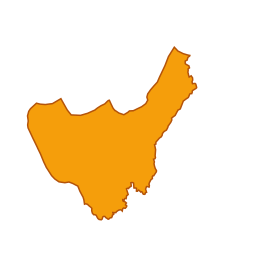 Zota, Bong, Liberia, rotated 149°
{"feature_id": "62588387B17056544161092", "entity_name": "Zota", "entity_type": "district", "adm_level": 2, "iso_a3": "LBR", "parent_name": "Liberia", "parent_adm1": "Bong", "projection": "orthographic", "projection_center": [-9.445, 7.274], "detail": "fine", "context": "isolated", "style": "filled", "palette": "amber", "viewbox_px": 256, "rotation_deg": 149, "n_neighbors": 0, "source": "geoboundaries", "source_scale": "gbopen_adm2", "svg_char_len": 3518}
<svg xmlns="http://www.w3.org/2000/svg" viewBox="0 0 256 256"><g transform="rotate(149 128 128)"><path d="M201.8,194.7L204.5,193.4L207.9,190.1L209.9,185.4L212.2,182.6L212.5,182.2L213.6,179.6L214.9,167.1L214.9,166.7L215.7,157.9L215.8,157.4L216.4,150.7L217.7,142.3L218.2,137.1L218.3,136.5L218.2,133.6L218.0,126.5L217.0,122.0L216.9,121.8L214.9,117.4L210.3,113.6L206.4,112.1L204.0,109.0L203.9,108.9L201.6,105.1L200.9,104.2L201.8,98.5L201.9,96.7L202.1,92.8L202.1,92.0L202.8,89.2L204.5,85.1L203.4,84.9L202.0,83.4L201.7,82.0L200.6,78.9L200.4,77.8L201.7,75.8L202.4,73.4L202.1,71.4L201.0,70.7L200.2,69.6L200.4,67.2L200.4,65.9L199.9,64.5L198.2,63.1L196.9,63.3L196.2,64.1L195.3,64.8L194.5,64.8L193.8,64.4L193.4,64.1L193.2,62.6L192.6,61.5L192.1,60.2L191.5,59.8L190.3,60.1L189.2,60.1L188.2,59.6L186.9,60.5L186.5,61.1L186.0,61.5L185.3,61.3L184.5,61.5L184.2,62.0L184.8,63.0L184.6,63.4L183.7,62.8L182.0,61.7L181.1,62.2L180.0,62.3L178.6,62.4L177.7,62.2L177.0,61.9L176.3,61.6L176.0,61.2L175.7,59.8L174.0,61.6L173.0,61.7L171.7,60.6L170.1,61.1L169.3,61.7L169.1,62.3L169.8,63.3L169.0,64.2L168.0,64.5L168.4,66.0L169.8,67.7L169.8,68.6L169.4,69.3L168.4,68.2L167.8,68.9L167.1,69.2L166.0,68.4L164.1,70.6L163.9,70.8L162.8,70.7L162.1,70.9L160.8,76.2L160.5,76.8L159.2,76.5L158.7,75.8L157.5,76.4L156.2,76.4L155.1,76.5L154.3,78.3L153.8,79.6L153.4,79.5L152.9,79.4L152.2,78.9L151.6,78.0L153.8,73.5L152.1,72.4L151.8,71.9L153.3,69.5L152.4,68.9L151.6,69.3L151.2,69.4L150.8,69.3L150.1,66.9L150.1,66.6L149.4,66.5L149.0,66.3L149.0,64.6L149.0,63.4L148.2,62.7L147.3,62.6L146.4,63.6L145.2,63.3L144.7,65.3L144.4,66.6L143.5,67.3L142.4,68.2L142.0,68.2L141.1,67.4L140.4,66.5L139.4,67.5L139.0,68.6L139.0,69.1L137.4,70.4L134.7,72.0L133.2,72.0L132.3,73.7L131.4,74.2L130.6,73.8L126.2,75.9L125.5,76.9L125.5,79.3L124.9,81.7L124.1,84.0L122.8,85.4L122.3,87.6L122.2,88.1L121.9,88.0L120.7,87.8L119.6,88.6L119.2,90.0L115.5,95.2L114.3,98.6L113.8,100.1L112.3,99.9L111.8,101.0L111.1,101.6L108.6,102.4L106.2,103.2L104.4,103.3L104.0,103.3L103.9,103.4L103.3,103.7L102.2,104.4L101.4,105.5L98.9,106.4L97.0,106.4L96.1,106.4L95.7,106.8L95.1,107.0L93.6,108.0L92.6,109.0L91.4,109.5L88.3,110.9L86.3,112.3L85.6,114.0L83.5,114.3L81.1,114.5L77.5,116.7L76.2,117.4L76.1,117.6L73.4,117.4L66.6,122.7L65.7,122.7L64.7,122.8L64.4,122.9L60.6,123.1L59.8,123.6L57.6,125.3L57.4,125.3L56.8,125.3L55.7,124.6L54.6,125.5L53.9,126.6L53.6,126.7L52.8,126.9L51.3,126.9L49.4,126.9L48.4,127.2L48.2,127.6L47.3,130.7L47.5,131.3L47.6,131.7L49.9,132.8L49.3,134.7L47.9,135.7L47.4,136.6L46.8,137.9L47.0,139.9L47.0,140.2L49.3,140.2L48.9,141.9L48.5,143.2L48.4,143.3L48.2,144.0L48.0,144.9L46.8,146.3L46.1,147.7L44.3,147.9L43.8,150.0L44.3,150.7L45.7,153.3L45.7,153.9L44.5,155.9L44.4,155.9L42.9,155.8L42.4,155.7L40.9,157.1L40.3,157.7L38.2,157.9L38.1,158.2L37.7,158.4L39.1,159.7L42.4,163.3L45.6,168.3L46.0,170.4L46.7,173.4L56.5,168.4L64.2,162.4L72.0,157.2L74.6,155.5L79.2,152.2L84.2,150.7L89.0,149.1L93.5,147.1L95.9,144.8L96.7,141.7L98.0,141.0L100.2,139.7L105.3,139.2L111.4,139.8L111.9,139.8L114.6,140.1L118.0,141.9L120.0,141.5L124.7,141.5L127.9,145.3L128.1,145.5L130.1,149.9L130.3,149.9L130.6,152.9L130.1,158.0L129.7,161.4L130.7,161.7L131.9,161.5L135.1,160.7L135.6,160.6L139.7,161.0L143.8,160.9L147.0,160.5L147.1,160.4L149.1,160.7L155.0,161.4L160.3,162.8L162.2,163.3L170.0,168.5L170.1,169.6L170.3,170.7L170.8,174.7L170.8,174.9L170.5,185.6L170.4,187.7L171.1,187.7L180.2,187.8L181.6,188.4L182.2,188.7L186.8,190.7L191.0,193.7L193.7,196.4L201.5,194.8L201.8,194.7Z" fill="#f59e0b" stroke="#b45309" stroke-width="1.5"/></g></svg>